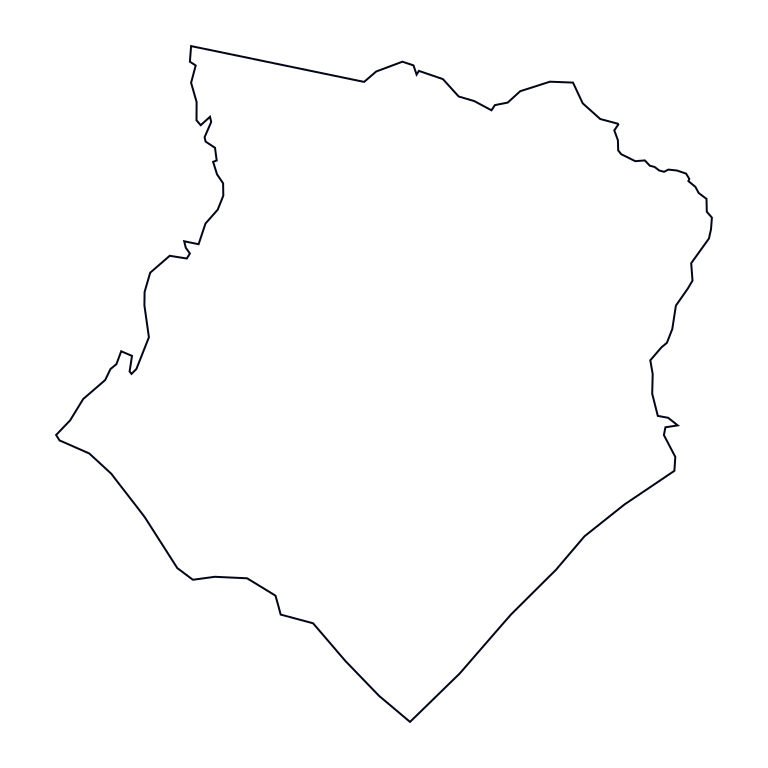 the district of Santa Isabel, Puerto Rico
{"feature_id": "32010507B73228350773325", "entity_name": "Santa Isabel", "entity_type": "district", "adm_level": 2, "iso_a3": "PRI", "parent_name": "Puerto Rico", "parent_adm1": "", "projection": "natural_earth1", "projection_center": [-66.389, 17.99], "detail": "fine", "context": "isolated", "style": "outline", "palette": "ink", "viewbox_px": 768, "rotation_deg": 0, "n_neighbors": 0, "source": "geoboundaries", "source_scale": "gbopen_adm2", "svg_char_len": 1845}
<svg xmlns="http://www.w3.org/2000/svg" viewBox="0 0 768 768"><path d="M191.1,46.1L189.9,61.7L195.7,65.5L191.1,82.8L196.6,102.0L196.5,120.3L200.7,125.2L210.0,116.8L211.2,122.0L204.6,137.2L205.6,141.6L215.0,147.8L216.7,160.5L213.1,161.8L217.0,174.3L223.1,183.3L223.3,195.7L217.7,209.7L205.5,223.5L198.6,244.2L184.2,241.3L185.8,247.8L189.9,253.5L186.8,258.5L169.7,255.8L150.2,272.7L144.6,291.9L144.4,305.3L148.9,337.3L136.4,369.0L131.5,373.9L129.6,371.5L132.0,355.9L121.2,351.3L116.4,364.2L110.5,369.0L105.2,380.0L83.2,399.0L70.1,420.4L56.1,435.0L59.6,440.5L61.6,441.3L89.3,453.5L104.2,467.2L111.3,473.8L111.8,474.4L116.9,481.1L126.9,494.0L137.9,508.2L144.9,517.4L177.3,568.1L192.8,579.7L193.4,579.7L214.8,576.8L240.8,578.0L247.1,578.3L273.6,594.5L275.5,595.7L278.7,607.1L279.0,608.3L280.1,612.5L280.7,614.6L313.1,623.3L313.6,623.9L336.5,650.6L337.3,651.6L339.3,653.9L345.4,661.0L379.0,695.8L410.0,721.9L435.6,697.0L448.7,684.2L452.2,680.8L459.2,674.0L460.4,672.7L495.8,631.9L510.9,614.6L530.9,594.7L548.0,577.7L556.2,569.6L558.6,566.7L582.6,538.5L584.6,536.2L603.3,521.3L624.7,504.3L640.6,493.6L674.4,470.8L675.3,456.9L663.9,435.1L665.4,427.3L677.7,425.4L668.2,417.8L657.8,415.9L652.2,393.7L652.7,374.1L650.3,360.3L661.4,347.4L666.9,342.8L672.3,329.0L675.9,305.6L687.8,288.6L692.5,280.6L691.2,263.2L708.9,238.6L711.0,229.4L711.9,217.6L706.8,211.8L706.5,198.9L698.7,193.0L695.4,186.9L688.4,181.1L689.3,178.9L686.1,173.6L676.9,170.5L668.3,169.6L664.1,171.8L659.2,170.5L654.7,167.0L649.8,165.7L644.8,160.4L635.3,161.2L621.2,154.2L618.2,150.4L617.9,140.2L614.3,130.4L618.3,124.5L617.8,123.7L600.2,119.0L582.7,103.3L573.0,82.6L549.9,81.7L520.2,91.2L507.7,102.6L494.9,105.1L491.5,110.3L474.3,101.1L458.7,96.5L442.9,79.1L418.9,70.9L416.6,74.6L413.5,65.4L402.4,61.7L376.2,71.5L364.1,81.9L191.1,46.1Z" fill="none" stroke="#020617" stroke-width="2"/></svg>